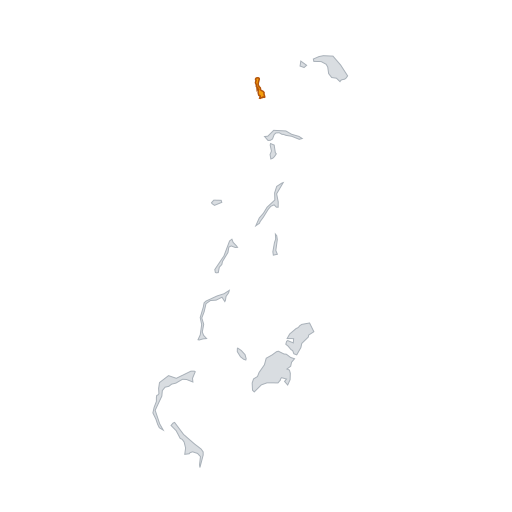 Mayaguana on a map of The Bahamas (Robinson projection), rotated 239°
{"feature_id": "BHS-5037", "entity_name": "Mayaguana", "entity_type": "District", "adm_level": 1, "iso_a3": "BHS", "parent_name": "The Bahamas", "parent_adm1": "", "projection": "robinson", "projection_center": [-72.982, 22.374], "detail": "coarse", "context": "in_parent", "style": "filled", "palette": "amber", "viewbox_px": 512, "rotation_deg": 239, "n_neighbors": 0, "source": "natural_earth", "source_scale": "10m", "svg_char_len": 4040}
<svg xmlns="http://www.w3.org/2000/svg" viewBox="0 0 512 512"><g transform="rotate(239 256 256)"><path d="M163.1,212.1L162.9,219.0L163.4,224.2L162.9,226.1L157.6,229.5L156.2,231.4L151.2,233.4L148.1,236.1L146.6,231.7L143.7,229.0L143.2,224.3L141.0,225.9L137.8,225.0L132.4,221.5L129.1,216.7L133.8,215.9L134.8,218.8L138.6,215.2L137.7,213.3L137.1,213.0L135.9,209.5L141.6,200.2L142.8,194.2L140.4,184.5L142.8,183.9L149.1,187.3L151.9,190.6L151.9,195.2L154.6,198.7L158.4,207.2L163.1,212.1ZM167.1,238.3L167.2,239.6L162.3,243.2L165.8,245.7L169.2,240.2L171.8,244.7L173.2,253.2L172.9,254.7L173.1,256.0L173.7,257.6L173.8,260.0L171.0,267.4L161.3,266.6L161.1,260.4L159.6,259.1L157.5,250.2L154.4,247.3L150.3,240.0L152.7,238.1L156.0,238.7L157.7,237.8L162.2,237.1L165.0,236.1L167.1,238.3ZM394.5,412.7L393.0,416.9L387.7,424.9L376.1,426.9L363.2,427.3L362.2,425.1L361.9,423.2L362.9,420.2L362.8,419.0L362.2,417.8L367.0,416.5L370.0,412.8L374.9,412.2L381.0,414.8L384.2,414.9L389.1,412.0L393.0,405.8L395.3,406.6L394.5,412.7ZM189.1,143.8L188.1,144.3L183.9,138.6L180.5,137.0L185.9,132.9L188.2,129.5L188.3,121.9L189.6,117.7L189.2,114.1L190.4,110.5L188.9,106.4L184.4,103.1L175.7,90.1L161.8,87.0L154.6,86.8L158.6,84.7L162.3,85.0L167.9,86.2L174.6,86.8L178.7,90.7L182.6,95.7L186.1,97.8L187.6,99.1L187.4,100.5L188.0,101.9L192.6,104.3L197.2,108.1L198.5,119.4L192.2,124.7L190.8,140.9L189.1,143.8ZM127.7,96.8L133.6,98.6L136.8,98.3L138.7,97.1L147.4,97.6L154.5,95.9L155.5,98.9L155.3,100.5L140.3,102.0L126.5,106.5L118.9,109.5L115.3,109.8L112.6,108.2L103.6,99.0L106.0,100.0L112.7,105.1L116.9,104.2L120.8,100.8L121.4,98.2L120.9,96.9L122.7,92.8L127.7,96.8ZM217.1,167.6L225.2,174.1L232.0,176.5L239.4,184.6L242.6,187.4L243.1,190.0L241.8,202.0L240.1,209.2L240.3,215.4L238.6,213.6L236.8,209.5L233.9,207.1L233.0,205.8L238.2,205.6L238.7,199.1L241.3,194.0L240.9,188.6L234.9,182.8L230.8,177.6L224.4,176.0L218.5,170.8L215.0,170.2L210.7,171.1L212.2,168.0L213.3,164.0L214.1,163.2L217.1,167.6ZM305.2,315.6L304.9,317.1L298.7,305.7L290.9,302.9L286.4,300.1L287.4,298.6L290.5,297.9L291.0,294.3L289.7,290.4L285.6,282.5L283.3,277.1L282.3,275.9L282.0,271.4L286.9,278.4L288.9,284.5L292.1,290.6L294.3,301.0L300.5,304.5L305.0,309.6L305.2,315.6ZM336.4,354.4L332.9,356.1L333.7,353.2L340.3,348.2L344.0,343.8L346.1,342.2L346.8,341.0L349.7,339.4L351.2,336.5L350.8,334.2L347.8,330.4L347.8,327.7L348.9,325.8L354.0,324.9L352.6,327.8L354.6,335.9L347.8,346.0L342.0,349.2L336.4,354.4ZM282.5,241.1L282.8,244.0L279.5,243.4L274.6,244.5L272.9,244.6L274.0,242.6L277.4,239.9L277.6,237.3L273.4,233.7L268.6,224.5L266.3,222.3L265.3,218.8L261.2,215.1L262.1,213.2L262.9,212.7L265.6,213.7L271.8,226.9L272.2,228.1L282.5,241.1ZM393.8,342.1L396.9,343.0L398.6,342.9L404.2,344.6L407.6,347.0L408.3,347.9L406.5,350.0L401.3,346.1L396.8,345.6L390.4,345.7L387.9,344.9L389.6,340.6L393.8,342.1ZM343.8,325.3L344.9,326.4L341.7,328.7L334.7,325.8L333.1,326.0L331.7,323.0L331.2,320.8L331.5,318.7L335.7,320.3L338.0,323.3L343.8,325.3ZM182.6,194.7L177.1,195.8L173.1,194.7L172.1,193.7L173.9,192.2L177.6,190.8L183.6,190.7L186.2,192.3L186.5,192.9L182.6,194.7ZM264.8,283.9L262.7,284.2L259.1,282.7L250.5,275.8L246.5,275.2L247.8,271.3L250.9,272.6L257.8,278.6L260.4,281.6L264.8,283.9ZM325.6,248.6L321.7,254.8L319.6,254.3L320.8,246.5L323.5,245.3L324.6,245.3L325.6,248.6ZM400.0,394.8L393.4,397.6L392.8,394.3L396.1,391.6L400.0,394.8Z" fill="#d9dde1" stroke="#a8b0b8" stroke-width="1"/><path d="M390.9,346.3L388.2,345.6L387.7,345.3L387.8,344.7L388.7,344.0L388.4,343.6L388.4,343.3L388.9,342.0L388.9,340.9L389.4,340.4L390.2,341.6L390.6,341.9L391.4,342.0L391.7,341.6L392.4,341.2L393.9,341.6L395.1,342.1L397.6,343.9L398.8,344.0L398.1,342.7L399.8,343.6L400.6,343.9L401.1,343.6L401.9,344.2L402.7,344.6L404.7,344.7L405.0,344.9L406.1,346.1L406.5,346.5L407.5,346.5L407.9,346.7L408.4,347.7L408.1,348.9L407.5,349.8L406.7,350.2L405.9,349.9L403.6,347.5L402.6,346.7L401.8,346.2L400.9,346.0L399.7,345.9L398.0,346.3L397.4,346.2L396.8,345.6L396.4,345.5L395.4,345.7L393.4,346.9L392.2,347.1L391.7,347.0L390.9,346.3Z" fill="#f59e0b" stroke="#b45309" stroke-width="1.5"/></g></svg>